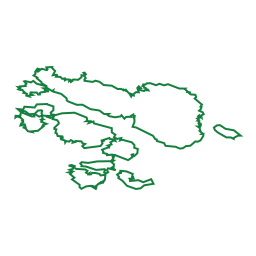 Rennesøy nor, Rogaland, Norway (Robinson projection)
{"feature_id": "86288312B22381651590620", "entity_name": "Rennesøy nor", "entity_type": "district", "adm_level": 2, "iso_a3": "NOR", "parent_name": "Norway", "parent_adm1": "Rogaland", "projection": "robinson", "projection_center": [5.661, 59.087], "detail": "fine", "context": "isolated", "style": "outline", "palette": "green", "viewbox_px": 256, "rotation_deg": 0, "n_neighbors": 0, "source": "geoboundaries", "source_scale": "gbopen_adm2", "svg_char_len": 5717}
<svg xmlns="http://www.w3.org/2000/svg" viewBox="0 0 256 256"><path d="M52.3,67.0L46.4,67.4L47.5,69.3L46.9,70.1L41.7,68.8L37.9,71.7L37.0,71.5L37.2,70.5L36.8,71.5L37.0,69.8L38.5,68.9L37.5,68.6L35.2,71.8L35.5,73.8L33.6,75.5L37.4,77.6L36.9,78.4L41.4,82.0L41.6,83.2L47.3,86.6L36.6,83.7L33.3,80.9L31.0,82.4L25.2,81.1L24.2,81.4L26.4,83.8L25.4,84.6L25.7,86.0L18.9,86.5L21.3,87.6L18.2,87.2L20.5,89.3L18.8,88.9L18.3,89.3L20.3,90.0L21.7,89.7L23.1,90.2L22.2,90.1L24.4,92.1L23.6,92.9L26.9,93.7L26.3,95.6L28.8,96.3L28.2,95.7L32.6,95.0L30.3,93.8L30.6,92.4L36.8,92.6L38.2,94.6L39.9,94.4L39.7,93.1L40.8,92.4L45.2,91.8L45.0,91.0L48.8,91.5L43.5,88.3L47.1,88.0L52.2,91.1L53.3,90.3L53.0,91.5L61.2,93.9L66.7,98.4L66.7,100.4L68.3,101.5L76.8,104.8L82.5,104.7L90.3,109.1L99.4,110.5L104.2,114.1L108.7,114.0L107.5,114.9L109.0,116.1L115.1,117.3L120.5,116.4L121.5,115.2L124.4,118.7L126.2,116.9L131.2,116.9L130.8,116.0L133.3,114.5L133.4,115.9L134.7,116.0L134.4,117.8L133.5,116.9L133.9,118.0L133.3,117.8L134.3,118.4L134.5,121.8L132.6,126.8L136.2,127.5L153.0,135.8L155.3,139.2L156.7,139.4L156.9,141.0L164.1,143.1L165.5,145.8L175.7,146.8L179.9,148.6L182.9,148.2L186.0,146.1L190.4,145.7L195.2,141.5L197.8,141.7L200.6,140.3L203.3,135.9L203.5,133.8L201.8,133.9L202.4,133.4L199.9,131.2L200.5,131.1L199.5,127.7L197.8,126.6L199.8,126.6L199.5,125.8L200.5,126.0L201.0,124.7L200.3,122.7L200.3,124.6L198.5,123.4L199.3,121.2L198.3,120.9L199.5,120.1L198.0,120.3L198.6,119.7L197.3,118.6L199.3,117.9L198.0,116.5L199.3,115.2L201.6,117.6L201.3,115.4L203.7,114.2L202.7,112.3L199.1,110.7L200.9,109.0L201.5,107.0L200.5,106.7L201.9,104.6L194.7,98.5L196.2,97.1L195.4,94.8L190.6,94.4L189.5,93.4L190.8,93.3L188.7,92.8L190.6,92.3L187.0,92.0L187.2,91.1L184.8,89.1L185.3,88.6L179.2,88.5L168.0,84.2L164.1,85.3L159.4,83.8L156.1,85.2L150.3,83.2L146.7,83.4L145.4,84.6L143.3,84.4L142.6,86.0L143.7,85.7L144.2,87.8L145.6,87.9L146.5,89.2L147.8,89.5L148.4,90.4L145.0,90.1L144.1,91.0L139.7,90.0L138.5,88.2L140.6,88.1L138.8,86.3L137.3,88.0L138.8,92.3L135.9,92.2L133.5,94.2L133.8,95.5L131.7,95.1L131.1,96.5L129.8,94.3L130.8,93.8L128.7,93.1L126.1,90.0L125.8,90.8L122.9,89.1L124.3,90.8L121.2,88.9L117.6,89.0L111.8,85.7L103.7,85.0L99.5,81.8L95.5,80.7L92.6,81.9L84.5,80.8L84.4,79.4L85.7,78.1L84.3,75.7L85.9,74.3L84.6,72.6L83.5,72.9L84.6,74.2L83.5,75.6L81.5,75.2L81.5,77.2L78.2,79.8L73.3,79.5L71.6,80.4L72.3,81.0L70.9,82.0L70.3,80.4L69.2,81.1L69.4,79.6L66.0,79.4L64.9,80.4L64.1,78.9L66.0,78.3L62.2,78.8L60.4,76.9L56.0,76.7L57.0,75.1L56.4,74.7L52.9,75.2L55.1,71.0L52.1,68.0L52.3,67.0ZM62.1,113.3L54.3,115.4L52.7,119.1L57.1,120.1L58.8,122.5L58.7,123.7L54.3,127.8L54.4,129.0L56.3,129.3L55.4,132.8L56.8,133.4L57.6,136.0L62.4,136.4L62.8,137.7L60.7,138.2L61.0,139.3L65.0,140.5L65.2,142.5L66.2,141.1L69.1,141.6L70.9,140.1L73.0,141.3L72.6,142.7L76.4,141.6L75.0,141.5L75.6,141.0L81.4,141.4L82.6,143.3L85.1,144.0L82.3,146.1L84.3,148.1L100.6,146.0L102.5,143.4L101.8,141.3L102.1,140.8L103.0,141.2L103.4,141.0L102.3,140.3L109.4,138.0L110.0,139.1L114.9,139.5L115.5,141.0L114.0,140.4L110.4,142.4L111.5,144.4L108.1,145.5L109.5,146.0L109.2,147.3L107.8,146.6L109.0,147.8L107.5,146.9L108.0,147.5L102.1,149.7L103.4,151.7L103.1,152.9L108.0,154.2L106.7,154.4L107.0,155.2L112.0,154.6L112.9,157.4L113.2,155.0L114.3,155.0L113.8,156.1L115.3,155.2L128.1,160.1L132.4,157.2L131.6,154.7L133.1,154.3L132.9,156.0L134.2,156.1L137.3,153.3L137.8,149.0L134.2,147.7L134.5,145.2L131.8,142.3L122.1,139.7L120.1,140.4L121.1,138.1L117.2,138.9L114.0,137.2L115.4,134.7L111.8,132.4L111.8,128.2L93.9,123.4L93.5,121.5L88.8,123.0L90.1,121.2L86.3,121.2L87.3,120.6L86.7,117.6L74.5,112.7L62.1,113.3ZM71.6,165.0L68.7,165.6L73.4,166.9L72.9,168.9L69.6,169.8L72.7,171.4L68.7,172.4L71.3,173.1L70.2,174.2L74.4,177.7L72.0,179.4L79.6,184.8L79.5,187.1L81.4,188.8L86.1,186.4L91.3,185.8L93.4,186.2L94.3,187.1L93.1,187.3L95.8,188.9L96.5,187.0L95.6,186.2L97.9,184.5L97.3,184.4L101.1,183.1L100.1,182.7L100.9,182.1L103.0,182.7L103.4,182.0L101.9,182.0L104.9,179.9L105.4,174.8L100.4,175.4L99.7,174.0L95.6,173.0L92.0,172.9L90.9,174.4L88.6,174.4L89.2,173.2L88.0,173.8L86.0,172.6L87.5,170.9L85.4,169.5L76.1,168.9L74.0,167.3L74.7,166.1L71.6,165.0ZM20.8,112.1L20.5,115.1L19.7,115.5L21.1,116.2L15.6,115.8L15.4,117.5L17.0,116.4L20.7,117.7L23.1,120.0L23.2,121.5L22.4,121.3L23.1,122.6L21.3,123.3L20.4,125.5L24.9,124.5L25.6,127.2L22.7,127.2L25.5,128.4L27.9,131.2L31.9,132.0L31.3,131.4L37.9,130.8L43.3,126.4L42.4,126.2L43.1,125.0L46.4,123.8L41.3,121.8L42.1,120.9L41.0,119.8L43.0,119.3L42.1,118.9L42.7,118.5L41.8,115.7L39.2,116.6L35.3,114.4L33.9,115.1L34.3,116.4L32.0,116.5L20.8,112.1ZM151.2,179.2L143.2,182.2L138.5,180.2L130.0,181.0L129.9,178.9L132.0,179.9L130.4,178.9L133.6,178.5L133.1,176.9L132.0,177.0L132.7,173.9L126.4,171.4L119.5,170.7L121.3,171.6L121.0,173.0L119.6,173.3L120.2,172.3L117.1,174.6L119.0,176.7L118.3,177.9L122.7,181.0L127.0,185.8L136.0,189.0L140.6,188.3L144.2,185.3L153.5,183.8L151.2,179.2ZM47.9,104.0L36.8,104.4L34.7,107.5L24.4,106.7L23.2,109.6L17.6,109.0L19.7,110.9L25.3,111.3L29.1,114.2L34.5,114.0L38.0,110.6L41.6,110.3L42.2,110.8L41.5,113.3L42.7,115.6L49.6,116.0L47.7,117.0L50.5,118.0L53.5,116.6L53.9,115.6L52.8,115.3L53.6,114.7L51.1,114.3L50.7,112.6L53.4,110.2L53.4,106.4L47.1,104.3L47.9,104.0ZM112.7,160.8L113.3,158.7L110.8,161.2L97.3,161.4L88.2,162.9L81.7,162.2L80.3,163.4L81.6,164.9L81.4,166.2L85.8,166.5L96.1,169.9L104.6,169.2L105.2,169.7L104.1,172.5L106.0,173.4L108.2,172.2L107.0,170.3L107.9,168.4L110.4,168.6L113.0,166.8L113.2,168.8L112.0,169.3L115.7,170.2L113.4,168.6L114.0,164.3L111.6,162.2L113.5,160.8L112.7,160.8ZM219.9,125.1L216.7,125.5L213.9,127.6L214.9,130.0L218.0,132.6L226.4,137.4L230.8,137.4L233.7,138.9L233.8,137.9L237.9,135.7L240.6,135.6L233.9,130.3L225.5,128.8L219.9,125.1Z" fill="none" stroke="#15803d" stroke-width="2"/></svg>